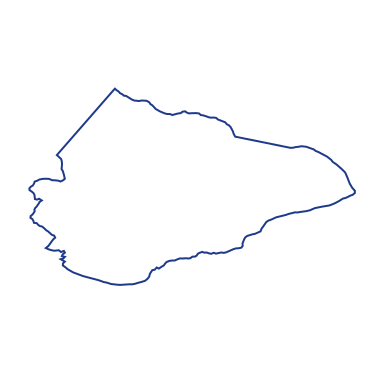 the district of Santa Cruz do Arari, Pará, Brazil, rotated 94°
{"feature_id": "56859067B39601513417759", "entity_name": "Santa Cruz do Arari", "entity_type": "district", "adm_level": 2, "iso_a3": "BRA", "parent_name": "Brazil", "parent_adm1": "Pará", "projection": "equal_earth", "projection_center": [-49.293, -0.555], "detail": "fine", "context": "isolated", "style": "outline", "palette": "blue", "viewbox_px": 384, "rotation_deg": 94, "n_neighbors": 0, "source": "geoboundaries", "source_scale": "gbopen_adm2", "svg_char_len": 2975}
<svg xmlns="http://www.w3.org/2000/svg" viewBox="0 0 384 384"><g transform="rotate(94 192 192)"><path d="M95.9,277.4L164.6,329.4L166.1,327.4L168.3,324.8L170.6,324.0L173.3,323.6L178.3,323.7L180.0,322.4L184.2,320.8L187.8,319.8L189.4,321.6L190.7,323.9L190.0,326.4L189.9,330.0L190.0,332.3L188.9,335.4L189.0,339.1L189.3,341.8L190.2,345.1L191.5,347.1L192.6,349.7L194.4,350.1L196.6,351.2L198.0,353.2L199.8,354.5L201.5,354.2L202.6,352.1L204.3,349.9L206.1,348.9L210.0,348.2L210.4,346.0L209.4,344.1L210.9,341.3L212.6,343.4L214.3,344.1L215.8,345.1L217.3,345.9L218.9,347.3L220.6,348.0L222.3,347.6L223.9,348.5L225.4,349.4L227.3,351.3L229.1,351.3L230.1,349.4L231.9,348.2L233.8,347.5L233.9,344.7L235.3,343.4L236.5,341.6L236.9,339.2L238.4,337.0L240.3,334.8L241.3,332.9L244.5,328.8L245.1,326.5L247.1,325.3L248.7,326.9L250.4,328.1L254.3,330.5L256.0,331.6L258.1,333.9L259.2,331.0L259.9,327.8L260.2,325.2L259.4,320.9L261.0,318.5L259.7,315.7L261.4,314.6L263.2,316.6L265.0,317.3L265.6,314.3L267.2,315.7L268.2,318.3L269.3,316.1L270.3,314.0L272.2,315.7L274.3,315.7L275.8,313.2L277.8,310.5L280.5,304.9L283.5,294.7L284.7,288.5L285.6,283.7L286.4,279.5L287.1,276.8L288.0,273.7L288.4,270.3L289.4,266.5L289.7,260.4L289.7,257.3L288.4,247.8L288.3,245.5L287.6,242.6L286.2,239.0L285.4,236.5L283.9,232.7L281.8,230.4L279.5,228.8L276.6,228.3L274.4,227.1L272.7,226.1L272.2,223.9L269.8,221.9L270.7,219.7L269.0,217.6L267.2,215.0L265.4,213.9L263.6,212.5L262.3,209.7L261.8,207.5L261.6,204.6L260.5,202.5L259.1,199.5L259.0,196.7L258.5,193.3L258.6,191.1L258.1,188.9L256.5,187.2L256.2,184.4L255.0,182.8L253.3,182.0L252.2,180.3L251.0,177.5L251.7,175.5L251.3,173.2L252.0,170.9L252.3,168.5L251.1,166.1L251.8,163.8L250.3,158.7L250.5,156.2L249.9,153.9L246.1,146.6L245.2,144.3L244.9,141.8L244.1,138.9L242.3,137.7L239.9,138.0L235.6,136.7L233.6,135.7L232.1,134.1L230.1,129.1L229.4,126.4L226.5,120.9L223.8,120.1L221.8,118.8L216.8,115.8L215.2,113.8L214.2,111.4L211.4,106.3L208.4,97.0L207.1,94.0L206.1,90.8L205.1,87.9L205.1,85.5L204.4,82.8L203.1,76.6L202.0,73.1L199.5,68.3L197.4,60.7L196.7,57.7L195.8,53.9L193.6,49.3L191.0,45.0L188.1,41.1L187.2,38.4L186.3,36.6L184.5,33.7L183.7,31.7L181.7,29.5L179.4,29.6L176.6,32.5L172.7,35.2L166.1,38.3L161.8,40.6L158.8,44.1L154.5,49.7L152.1,53.8L150.3,55.3L147.3,59.7L143.3,68.7L142.4,71.5L141.0,73.6L138.9,81.2L138.7,85.8L139.5,89.2L140.0,91.9L140.7,93.9L141.1,96.8L133.8,152.7L131.1,154.5L128.7,155.4L126.1,157.0L124.1,158.4L122.8,160.0L122.0,162.0L120.1,163.8L117.9,171.1L116.4,173.1L116.2,175.6L116.5,177.9L116.4,180.0L115.6,182.8L114.8,186.0L114.6,188.7L113.2,190.3L113.0,193.1L113.4,197.6L113.8,200.6L113.1,202.8L112.0,204.5L112.6,207.2L114.0,208.5L114.8,211.9L116.6,217.1L115.8,219.1L115.9,222.5L115.4,225.0L113.8,229.7L111.7,234.0L108.3,237.6L107.3,239.5L105.6,240.8L104.2,243.5L104.2,248.3L105.0,251.5L104.8,253.7L104.8,255.9L104.0,258.3L100.8,264.4L100.6,266.8L99.4,268.3L98.4,270.7L96.9,272.2L95.6,274.5L94.3,276.1L95.9,277.4Z" fill="none" stroke="#1e3a8a" stroke-width="2"/></g></svg>